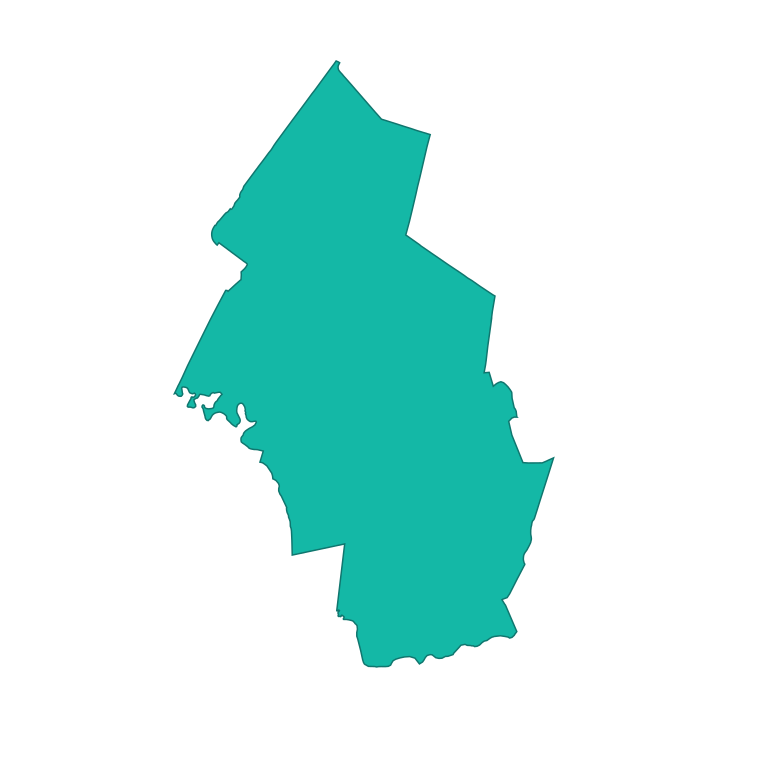 Vladeni, Dâmbovita, Romania (orthographic projection), rotated 319°
{"feature_id": "2599482B82955603799790", "entity_name": "Vladeni", "entity_type": "district", "adm_level": 2, "iso_a3": "ROU", "parent_name": "Romania", "parent_adm1": "Dâmbovita", "projection": "orthographic", "projection_center": [25.776, 44.875], "detail": "fine", "context": "isolated", "style": "filled", "palette": "teal", "viewbox_px": 768, "rotation_deg": 319, "n_neighbors": 0, "source": "geoboundaries", "source_scale": "gbopen_adm2", "svg_char_len": 6171}
<svg xmlns="http://www.w3.org/2000/svg" viewBox="0 0 768 768"><g transform="rotate(319 384 384)"><path d="M321.8,658.0L330.6,630.5L330.6,629.6L331.5,624.2L332.7,624.4L336.8,626.0L341.4,624.7L357.4,618.2L358.5,617.8L370.7,613.0L371.4,612.8L371.9,612.5L372.1,612.3L372.4,610.8L373.8,608.2L374.8,607.0L376.6,605.3L377.8,604.5L379.9,603.7L382.2,603.2L383.3,602.9L385.6,602.0L386.7,601.6L388.6,600.8L390.6,599.9L392.4,598.6L393.2,598.0L394.1,597.0L395.2,595.3L395.8,594.2L396.6,593.1L398.8,590.6L401.1,588.5L402.6,587.5L404.6,585.8L405.6,585.2L406.5,584.8L407.9,584.7L408.5,584.5L409.4,584.1L416.3,579.9L425.7,574.1L448.7,560.1L463.5,551.0L458.0,549.3L456.1,548.8L455.5,548.6L452.1,547.5L451.4,547.2L450.9,546.7L441.1,538.3L437.3,534.5L447.0,506.4L453.6,494.0L458.2,493.6L460.7,494.5L462.7,496.3L462.7,495.9L465.8,491.4L466.4,489.7L466.7,488.2L466.6,487.5L467.3,486.2L471.3,478.8L474.5,474.7L475.0,473.9L475.4,471.4L475.7,467.6L475.5,464.3L475.1,461.5L473.7,459.0L471.6,458.1L469.0,457.5L465.0,457.4L471.0,444.2L466.9,441.2L472.8,436.5L472.7,436.6L476.6,433.2L487.2,423.5L503.4,409.4L507.6,405.7L507.4,405.7L513.2,400.5L525.5,390.4L524.7,388.2L520.6,373.3L518.2,363.6L516.6,358.6L515.8,354.8L514.5,349.8L510.8,336.3L502.5,304.2L502.2,302.2L498.2,285.8L509.7,278.1L520.5,270.4L532.7,261.6L538.9,257.0L546.6,251.6L552.4,247.4L572.0,233.2L577.0,229.8L582.5,226.1L575.0,214.1L571.9,208.8L568.5,203.3L567.0,200.8L558.5,186.8L555.8,182.5L555.8,180.9L555.7,172.2L555.7,169.1L555.7,142.9L555.7,142.7L555.7,141.8L555.7,135.1L555.6,124.6L555.6,124.4L555.7,123.2L555.6,120.8L555.6,119.0L555.7,117.7L556.0,116.6L556.7,115.4L557.3,114.6L558.0,114.0L558.8,113.5L561.3,112.5L560.9,111.1L559.8,108.8L556.2,109.7L551.5,110.7L534.7,114.5L524.6,116.8L519.9,117.7L507.5,120.5L488.3,124.7L461.1,130.8L457.6,131.7L453.7,132.9L452.2,133.3L448.7,133.9L439.7,135.9L431.9,137.5L430.4,137.9L426.9,138.6L407.9,142.8L405.5,144.2L404.2,144.7L402.6,145.0L401.5,145.4L400.8,145.7L399.3,146.6L398.4,147.5L398.2,147.9L397.9,148.3L397.5,148.4L394.1,149.1L392.2,149.3L390.1,149.7L387.5,151.2L384.1,152.1L383.0,151.8L382.9,150.9L379.7,151.6L378.7,151.6L377.0,151.2L374.8,151.4L367.1,152.6L364.7,152.7L363.4,153.1L361.1,153.9L360.5,153.4L360.1,153.5L358.1,154.1L356.4,154.8L355.1,155.5L353.8,156.4L352.5,157.6L351.5,158.8L350.6,160.2L349.8,161.7L349.4,162.9L349.1,164.4L349.0,165.8L349.0,168.1L349.2,169.7L352.1,169.1L355.6,185.4L358.8,200.0L359.3,201.7L359.5,203.6L359.0,204.3L356.6,205.1L354.4,205.5L349.7,205.7L348.0,207.9L344.5,211.5L344.2,211.4L338.4,211.4L327.1,211.7L326.9,210.4L325.9,209.5L310.5,215.4L295.3,221.4L274.9,229.9L248.0,241.2L236.2,246.6L229.2,249.6L227.3,250.3L224.9,251.4L219.4,253.8L220.4,254.3L220.8,254.6L220.9,255.5L220.7,257.1L221.1,258.4L222.1,259.6L223.0,260.2L224.5,260.0L225.6,259.5L226.1,258.3L228.6,254.4L229.6,254.0L230.9,254.8L232.4,256.8L232.8,257.8L232.8,259.0L231.8,262.3L231.7,263.4L232.5,264.9L233.1,265.8L234.2,266.3L234.9,266.5L235.1,267.5L234.7,268.6L233.5,269.1L231.7,269.1L230.9,268.6L230.7,267.8L230.1,267.5L229.5,267.7L228.7,268.4L226.1,269.3L222.0,270.9L220.9,271.9L221.0,272.9L222.8,274.5L224.2,276.7L225.4,277.4L227.1,277.4L228.2,276.2L228.8,273.9L229.6,272.1L230.4,271.1L233.3,271.7L234.0,272.2L236.6,271.6L237.5,271.1L238.5,271.1L241.2,274.3L242.3,276.2L243.7,278.1L244.8,278.6L246.4,277.9L248.5,278.0L249.6,278.5L249.9,279.5L253.7,281.7L254.9,282.7L255.1,284.6L254.9,285.6L254.4,285.6L253.0,285.6L252.3,285.9L251.3,286.0L248.5,286.6L247.3,287.2L245.6,287.1L244.6,287.2L243.2,287.7L241.9,288.4L240.5,289.7L239.5,290.0L238.3,289.7L235.3,287.7L233.8,285.9L233.3,284.4L233.5,283.6L234.1,282.8L234.1,281.6L233.6,281.0L232.4,281.2L231.5,282.0L231.2,284.1L230.0,286.2L227.6,291.2L226.9,292.3L226.5,293.5L226.5,295.0L226.6,295.5L227.6,296.4L228.6,296.1L229.9,296.4L232.3,295.5L234.1,294.9L236.1,294.9L238.0,295.3L240.1,296.4L241.4,297.2L242.4,298.4L243.0,299.7L243.6,301.2L243.9,302.7L244.1,304.5L243.6,305.7L242.7,306.7L242.3,307.9L242.8,312.8L242.7,313.6L243.2,316.5L244.2,319.2L244.9,319.4L246.1,318.7L246.4,318.3L246.9,318.4L248.9,318.6L250.5,318.1L251.8,316.9L252.5,315.4L254.1,309.3L255.2,307.6L257.5,305.4L259.5,304.1L262.0,303.9L263.5,304.6L264.4,305.9L264.3,307.8L263.8,310.1L262.5,312.4L261.5,313.1L261.0,314.7L259.9,315.5L259.3,317.2L258.1,319.0L257.6,321.1L257.9,323.0L258.4,324.6L259.7,325.9L262.4,327.5L262.9,328.3L262.5,329.1L259.6,330.2L256.8,330.0L253.1,329.1L250.0,328.7L248.5,328.6L246.4,328.9L245.2,329.4L244.3,330.1L241.2,330.7L240.0,331.6L239.0,332.9L238.3,334.1L238.6,336.0L239.2,338.1L240.0,341.9L240.1,344.1L241.0,345.7L242.9,348.1L244.4,349.5L245.5,350.6L248.9,355.4L239.1,361.6L240.6,363.6L241.3,366.0L241.9,369.0L240.8,377.6L239.6,380.2L237.9,382.7L238.3,383.4L239.2,386.0L239.1,390.0L238.1,392.3L235.9,393.9L234.4,395.6L233.2,398.9L233.0,401.1L229.5,413.5L229.0,413.7L227.8,415.2L226.6,417.4L225.7,420.4L224.5,422.1L224.0,423.7L222.9,426.3L221.5,428.1L220.0,429.9L219.0,432.3L217.6,434.4L211.9,441.6L202.5,452.9L249.4,478.9L199.6,524.1L200.0,524.6L201.4,524.8L201.7,525.3L201.7,525.8L200.8,526.1L199.7,526.1L198.9,526.8L198.6,527.8L197.2,528.9L197.2,529.6L198.1,530.3L198.5,531.0L199.1,531.2L199.8,530.7L200.5,530.8L200.8,531.7L201.1,533.3L200.9,533.9L199.3,534.5L199.0,535.1L201.3,537.2L202.9,539.1L205.0,542.2L205.2,544.7L205.0,545.8L205.2,546.9L205.2,548.5L204.8,549.2L203.8,550.6L203.2,551.5L202.1,552.4L200.4,553.7L198.0,556.5L196.9,559.2L191.5,569.9L187.0,578.1L185.9,580.6L185.5,582.4L185.7,583.4L186.2,584.5L186.6,585.9L187.1,587.0L191.6,591.1L192.8,592.7L194.6,593.8L196.4,595.3L199.8,598.3L202.0,599.9L204.5,600.5L207.0,599.5L209.4,598.8L212.3,599.4L216.4,601.2L220.5,603.5L224.6,606.6L227.5,611.2L227.1,618.5L230.7,619.1L232.8,618.6L235.9,617.5L238.5,617.2L241.3,618.5L242.7,620.0L243.5,624.5L245.4,627.1L247.9,629.0L251.7,629.9L253.5,631.4L258.6,633.5L260.1,632.9L267.3,632.1L270.7,631.6L274.4,633.7L275.3,635.8L277.8,638.2L278.6,639.4L279.6,640.1L280.1,641.6L282.2,643.0L284.9,643.7L288.5,643.5L291.0,643.8L293.4,645.1L297.5,645.5L299.4,645.9L300.8,646.6L301.3,646.7L306.7,650.4L309.6,653.8L311.5,656.2L312.2,658.2L314.4,659.2L317.5,659.1L318.6,658.7L321.8,658.0Z" fill="#14b8a6" stroke="#0f766e" stroke-width="1.5"/></g></svg>